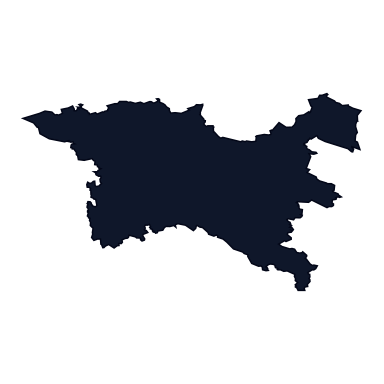 the district of Swinford Lea-4, Mayo, Ireland
{"feature_id": "5873133B98662462343086", "entity_name": "Swinford Lea-4", "entity_type": "district", "adm_level": 2, "iso_a3": "IRL", "parent_name": "Ireland", "parent_adm1": "Mayo", "projection": "equal_earth", "projection_center": [-8.887, 53.889], "detail": "fine", "context": "isolated", "style": "filled", "palette": "ink", "viewbox_px": 384, "rotation_deg": 0, "n_neighbors": 0, "source": "geoboundaries", "source_scale": "gbopen_adm2", "svg_char_len": 5988}
<svg xmlns="http://www.w3.org/2000/svg" viewBox="0 0 384 384"><path d="M298.1,290.4L304.8,290.4L304.2,288.4L305.1,286.9L307.7,286.5L307.4,284.3L310.0,281.5L309.8,279.5L309.0,278.7L309.9,276.9L309.7,274.3L308.5,274.1L307.8,272.6L312.2,269.8L313.8,269.9L315.7,268.7L317.3,265.8L313.9,265.1L312.2,265.4L310.0,263.9L306.3,259.0L305.2,258.4L306.7,256.2L306.7,255.3L302.7,251.8L302.0,252.7L299.6,253.1L296.7,252.5L294.6,249.2L292.0,248.5L289.7,248.9L281.9,246.5L278.6,244.1L284.6,240.7L286.0,241.5L291.2,239.3L291.2,237.8L287.3,234.6L287.8,232.7L291.3,232.2L292.0,231.3L291.3,230.4L292.5,230.8L293.4,229.6L292.1,227.8L289.8,227.2L291.6,225.8L290.3,225.0L290.6,224.6L290.0,224.4L290.7,224.0L290.0,222.3L288.2,221.5L286.9,219.6L288.2,218.7L293.6,219.8L295.1,217.7L300.1,217.8L301.8,216.5L302.3,215.2L300.8,214.5L301.9,214.1L302.4,209.6L299.6,209.1L298.6,206.7L299.0,206.2L298.1,205.7L298.7,205.0L297.5,203.1L296.4,202.6L297.4,201.7L308.6,202.3L311.6,200.0L327.0,207.6L328.9,206.6L331.7,206.6L333.4,205.5L333.5,204.0L332.0,202.8L332.4,199.9L336.0,199.3L336.4,198.1L335.9,197.7L338.0,196.8L339.5,197.4L341.3,196.9L338.5,195.0L338.1,193.9L332.8,191.7L332.5,190.9L334.1,190.2L334.6,185.4L331.3,183.7L327.1,183.7L326.7,183.1L319.5,180.9L316.8,179.0L316.2,177.0L307.0,172.5L309.6,169.6L306.2,168.5L310.7,156.7L309.0,153.7L313.8,154.2L316.8,153.3L316.0,152.3L311.8,151.8L309.2,149.7L307.2,149.0L306.5,147.4L306.8,146.4L304.2,145.0L304.6,144.5L303.7,144.1L303.8,143.6L307.1,142.3L307.4,141.1L308.3,140.6L308.2,139.7L309.5,139.1L309.8,138.3L311.1,139.1L316.8,135.6L318.4,138.3L325.1,141.5L348.0,148.7L351.5,151.7L352.7,151.9L353.6,149.2L351.7,147.2L351.8,146.6L359.9,149.5L357.4,142.1L355.1,141.0L355.7,134.7L357.3,132.5L355.6,126.7L355.7,124.1L356.8,121.4L357.5,121.1L357.1,120.9L357.5,119.9L357.3,115.4L361.0,110.7L352.8,108.2L348.2,105.9L348.2,105.0L342.2,105.6L339.4,103.4L335.6,102.4L334.6,101.0L326.9,97.2L326.4,95.7L327.8,94.6L326.9,93.6L322.1,95.3L319.6,95.3L318.0,98.4L308.5,99.7L310.9,105.9L312.2,107.1L310.3,112.3L309.3,112.9L308.9,111.7L303.8,114.9L298.7,115.7L295.9,118.6L296.1,121.4L294.6,124.7L292.0,127.2L286.1,127.3L279.0,122.6L272.2,130.5L271.5,130.1L270.0,130.8L271.0,133.3L270.7,134.5L268.7,135.0L264.2,134.5L256.6,135.9L255.8,136.6L256.3,137.2L255.8,141.3L251.6,141.8L246.5,141.0L245.2,141.7L242.2,141.0L240.8,141.8L222.8,137.4L220.7,138.2L218.4,136.5L214.3,132.0L213.6,132.1L213.3,128.5L213.8,127.1L212.9,126.6L213.0,125.8L207.8,125.8L206.2,126.5L204.1,124.6L203.8,123.7L205.2,121.9L205.3,120.7L204.0,120.4L203.8,119.1L199.8,114.5L200.4,114.1L200.2,112.6L202.8,105.3L202.7,104.3L200.4,104.9L196.4,104.7L194.4,106.6L187.8,108.6L189.3,110.1L181.3,113.4L175.1,112.7L170.8,113.1L169.4,110.6L169.3,108.6L166.5,106.9L165.0,104.9L162.9,103.5L159.7,102.3L159.5,99.4L158.3,98.7L156.6,98.9L158.0,100.5L157.5,101.4L153.8,103.2L151.2,101.7L149.7,101.6L143.9,103.7L140.4,102.2L135.3,103.4L130.3,102.0L128.4,102.4L126.5,101.5L119.6,101.5L117.6,103.7L114.7,103.7L107.1,105.8L108.9,108.0L107.7,109.4L107.8,110.6L104.5,111.4L103.5,112.3L102.5,111.9L97.1,114.1L95.5,112.7L89.4,114.4L89.3,113.1L88.2,112.8L87.5,111.1L81.3,107.9L81.3,106.1L82.7,104.9L80.7,104.1L79.0,104.6L80.3,105.8L79.9,107.3L77.7,107.2L78.6,107.8L79.0,109.0L77.6,108.4L76.7,110.4L75.8,110.9L74.1,110.7L74.3,109.2L72.6,106.0L68.2,108.0L61.3,109.4L62.5,113.4L58.5,115.1L56.9,114.6L55.0,115.0L51.9,112.1L45.0,111.1L39.5,113.4L23.0,118.4L33.6,122.9L37.2,127.3L38.4,127.3L40.0,133.7L49.3,138.8L64.6,141.8L66.8,141.2L68.8,141.6L68.0,140.8L69.1,140.6L70.8,142.2L72.9,141.7L73.5,143.4L74.4,143.8L72.0,144.1L71.2,145.0L70.8,147.6L72.0,147.8L72.2,148.9L73.8,148.9L76.4,152.4L76.3,154.6L77.7,155.7L78.4,159.6L84.2,160.3L92.1,158.6L93.5,160.5L95.1,161.2L94.7,164.6L97.3,165.0L97.5,166.7L98.8,167.0L98.8,168.1L100.9,168.7L98.0,170.5L97.6,171.7L94.0,171.8L96.3,173.2L95.7,173.9L96.2,174.9L98.8,176.3L100.6,176.1L101.1,177.6L100.0,179.2L100.3,181.9L101.5,183.4L98.8,186.1L96.0,186.5L95.1,185.6L94.7,181.2L93.3,181.4L91.5,183.1L89.7,183.4L87.7,182.2L86.8,184.6L87.2,187.2L89.0,187.3L90.6,188.5L90.0,190.1L90.9,190.8L90.9,192.7L91.4,193.2L90.8,194.0L91.4,194.8L91.0,197.2L93.2,198.1L93.8,199.0L95.7,199.4L96.9,205.5L95.6,206.8L93.3,206.3L92.3,205.8L92.5,205.3L91.2,204.1L91.4,203.2L90.2,201.8L88.0,201.6L87.6,202.2L87.9,203.6L87.4,203.8L87.9,204.1L87.7,204.9L87.3,205.0L87.9,205.1L87.1,206.1L87.4,206.5L87.1,207.5L88.0,208.3L88.4,210.6L87.9,210.7L88.2,211.3L87.6,211.1L87.5,212.0L88.3,212.9L87.4,216.0L88.3,216.7L88.6,217.9L90.0,218.3L89.5,220.4L90.6,222.4L90.3,225.5L93.1,228.3L92.4,232.4L92.7,234.2L91.6,237.5L93.9,240.4L97.6,239.0L100.5,239.1L100.9,244.2L101.6,244.6L102.8,247.7L103.9,247.6L105.5,246.0L108.7,244.5L114.1,248.0L117.2,245.7L119.0,245.5L118.7,243.6L121.4,243.5L122.4,242.2L121.9,240.0L125.0,238.5L127.6,238.1L128.5,237.2L129.0,235.2L135.5,236.9L136.6,237.9L140.1,238.0L140.9,239.4L140.6,239.8L142.0,241.0L144.4,240.1L144.7,238.9L142.8,235.8L143.0,234.4L147.8,232.5L146.3,230.5L145.0,230.5L144.4,229.7L145.0,229.3L145.2,227.9L144.5,226.7L145.3,225.1L147.9,225.1L149.4,224.3L150.5,226.6L149.7,227.4L151.0,228.6L150.7,228.9L152.4,229.4L152.4,230.6L153.6,231.1L152.8,231.4L153.2,232.0L155.1,232.4L155.6,233.2L157.3,232.7L157.9,231.0L162.8,230.2L164.4,227.5L166.1,226.4L169.9,226.5L173.8,225.5L175.8,227.1L175.3,225.2L175.6,224.5L177.9,223.7L185.5,225.2L193.4,230.6L195.7,228.4L196.3,225.8L197.0,225.4L199.9,227.1L202.5,227.5L208.1,232.5L208.6,234.2L213.9,236.1L216.5,235.0L217.8,236.1L217.6,237.2L223.0,239.0L226.8,242.1L233.5,248.9L242.7,252.0L244.2,253.5L247.9,254.8L247.8,256.5L251.7,263.4L258.5,266.2L261.2,266.0L262.3,267.2L262.6,269.8L266.0,270.7L268.3,270.4L267.3,269.0L267.7,268.7L267.2,267.7L265.8,266.9L268.5,264.5L270.5,264.0L273.6,264.4L275.5,265.7L275.1,266.5L275.5,267.6L277.8,268.5L277.3,269.5L277.9,269.8L280.5,269.8L283.7,271.3L287.2,270.9L294.9,274.4L294.4,276.3L295.5,278.6L295.3,280.6L297.7,282.5L295.2,284.9L296.3,286.1L295.4,286.9L296.9,288.0L298.1,290.4Z" fill="#0f172a" stroke="#020617" stroke-width="1.5"/></svg>